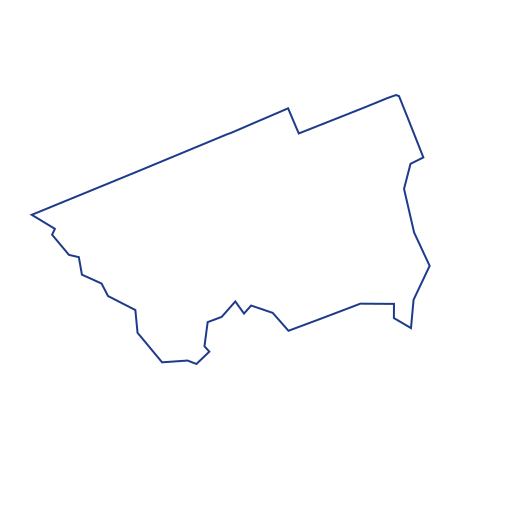 the district of Seminole, Florida, United States of America, rotated 158°
{"feature_id": "52423323B18457012552494", "entity_name": "Seminole", "entity_type": "district", "adm_level": 2, "iso_a3": "USA", "parent_name": "United States of America", "parent_adm1": "Florida", "projection": "orthographic", "projection_center": [-81.235, 28.745], "detail": "fine", "context": "isolated", "style": "outline", "palette": "blue", "viewbox_px": 512, "rotation_deg": 158, "n_neighbors": 0, "source": "geoboundaries", "source_scale": "gbopen_adm2", "svg_char_len": 709}
<svg xmlns="http://www.w3.org/2000/svg" viewBox="0 0 512 512"><g transform="rotate(158 256 256)"><path d="M100.6,218.6L93.6,262.8L78.2,283.6L63.9,284.7L63.6,322.7L63.5,350.7L66.0,352.8L75.1,353.2L99.8,353.1L170.4,353.6L170.6,360.4L170.9,380.9L208.2,380.1L232.8,379.5L238.7,379.7L333.0,378.8L448.5,378.2L432.3,356.5L437.1,352.1L429.0,327.1L420.7,321.3L424.4,303.9L409.5,288.3L408.2,274.3L388.1,251.1L394.6,229.2L382.9,192.6L358.6,184.7L351.7,178.2L335.1,184.8L337.6,191.6L325.6,212.8L310.6,212.4L292.2,221.6L288.7,207.1L279.1,211.9L261.8,197.0L253.9,174.5L215.7,173.5L177.1,172.7L146.0,159.9L151.4,146.8L139.3,131.1L126.3,156.4L98.7,181.8L100.6,218.6Z" fill="none" stroke="#1e3a8a" stroke-width="2"/></g></svg>